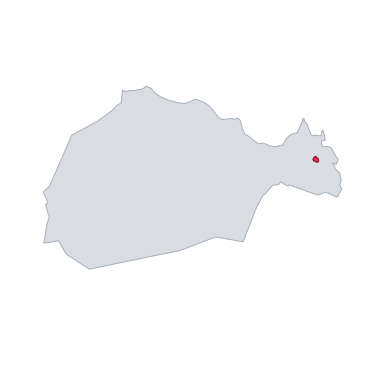 Niamey highlighted on a map of Niger, rotated 202°
{"feature_id": "NER-94", "entity_name": "Niamey", "entity_type": "Capital District", "adm_level": 1, "iso_a3": "NER", "parent_name": "Niger", "parent_adm1": "", "projection": "albers", "projection_center": [2.146, 13.496], "detail": "fine", "context": "in_parent", "style": "filled", "palette": "rose", "viewbox_px": 384, "rotation_deg": 202, "n_neighbors": 0, "source": "natural_earth", "source_scale": "10m", "svg_char_len": 3533}
<svg xmlns="http://www.w3.org/2000/svg" viewBox="0 0 384 384"><g transform="rotate(202 192 192)"><path d="M294.5,260.3L291.3,260.5L289.5,261.2L287.3,263.1L284.7,263.9L281.6,265.6L279.7,267.0L277.8,268.0L275.3,270.6L274.6,272.5L272.0,272.9L268.4,272.8L266.0,271.0L260.6,269.3L257.2,268.6L255.6,268.4L247.4,268.4L238.8,269.5L234.4,270.5L233.6,270.8L231.2,272.0L229.1,273.4L223.7,279.5L216.2,279.6L211.9,279.0L208.1,278.2L202.8,275.5L196.2,271.4L193.7,270.9L191.4,270.6L190.7,270.7L183.0,275.1L181.5,275.1L179.7,275.6L178.6,276.6L177.7,277.2L176.8,277.3L175.5,277.1L174.3,276.5L173.1,275.3L169.8,270.6L169.2,269.8L167.8,268.4L165.5,266.3L163.9,265.3L162.9,265.1L161.8,265.3L155.6,263.5L149.4,261.6L148.0,261.9L147.1,262.3L144.9,263.8L142.4,264.1L139.2,264.0L137.5,263.8L134.6,264.4L132.7,264.9L130.3,266.0L127.1,268.7L126.2,269.1L125.4,269.5L124.4,276.9L123.5,279.2L121.9,282.1L118.7,284.9L116.5,286.7L116.5,289.0L116.4,292.7L116.3,295.3L116.5,297.0L116.1,297.8L116.0,298.5L116.1,299.6L116.6,300.1L117.0,300.8L116.8,301.4L115.7,302.0L114.6,300.3L113.1,299.2L111.4,298.6L110.3,297.8L109.8,296.6L107.6,294.3L102.7,289.7L102.2,289.6L101.4,289.4L100.0,290.0L99.2,290.7L98.6,291.0L97.7,291.1L95.4,291.7L93.5,292.4L93.5,293.0L94.4,296.5L93.9,298.4L93.1,297.5L90.4,294.0L88.6,291.4L88.2,290.8L88.0,289.9L88.2,289.5L88.9,289.2L90.6,288.9L90.9,288.6L91.0,287.9L90.7,286.6L89.8,284.8L88.8,283.6L88.3,283.4L87.3,283.3L86.2,283.5L84.1,284.9L83.2,285.2L81.0,285.1L79.1,284.8L78.0,284.0L74.5,281.1L70.7,278.0L69.1,277.6L68.8,277.3L68.5,274.9L68.6,272.1L68.8,271.3L70.4,271.8L72.1,272.0L72.6,271.5L71.3,270.5L69.4,269.4L68.6,267.9L68.1,267.3L67.2,266.8L66.2,266.5L65.2,266.0L64.5,265.6L63.4,265.4L62.2,265.0L60.5,262.5L58.9,260.1L57.9,258.1L57.6,257.0L58.1,255.0L57.6,254.2L55.8,252.2L54.2,250.4L54.6,247.5L55.0,245.1L55.0,243.6L55.2,242.8L55.4,241.8L56.5,241.5L59.1,241.5L64.2,242.0L68.2,241.5L68.5,241.4L71.3,238.9L74.5,236.2L79.3,236.0L84.5,235.7L88.5,235.6L94.4,235.4L99.2,235.2L104.8,235.0L104.9,233.7L105.3,233.4L105.8,233.4L109.9,234.0L113.7,234.6L114.0,232.3L117.3,229.4L119.2,228.7L119.7,228.2L120.3,227.2L120.6,225.7L120.8,224.6L121.5,223.7L122.0,222.1L122.7,219.2L124.5,216.1L125.6,212.0L125.7,208.0L125.9,205.0L126.4,204.4L126.4,199.0L126.3,193.6L126.2,189.0L126.2,183.4L126.1,178.4L126.1,173.0L126.0,168.2L126.0,165.0L129.8,164.2L133.7,163.3L139.5,162.1L145.7,160.8L152.5,159.3L154.0,158.5L159.1,153.8L161.3,151.6L165.9,147.4L169.3,144.2L173.8,140.0L178.4,135.8L182.2,132.5L188.0,128.6L196.9,122.9L205.7,117.1L214.5,111.2L223.2,105.4L232.0,99.6L240.7,93.7L249.4,87.9L258.1,82.0L267.1,83.7L275.7,85.4L284.3,87.0L286.3,88.0L291.1,91.7L297.1,96.5L297.4,96.6L297.7,96.6L303.1,93.3L310.2,89.1L312.6,99.4L314.5,108.4L314.9,114.1L315.1,115.6L315.7,116.6L317.1,117.6L323.0,125.6L321.9,127.1L322.9,129.6L324.3,130.7L329.1,135.4L329.8,136.3L329.6,137.1L326.7,143.2L326.3,144.6L326.0,152.1L325.9,157.4L325.7,164.7L325.4,173.4L325.2,180.8L325.0,190.5L324.7,199.8L320.4,205.0L312.6,214.4L306.3,222.1L303.1,227.1L297.0,237.0L294.4,243.3L292.2,246.6L291.1,248.0L292.4,252.5L294.5,260.3Z" fill="#d9dde1" stroke="#a8b0b8" stroke-width="1"/><path d="M88.2,266.5L89.1,266.7L90.1,266.7L90.9,266.6L91.0,266.7L91.0,267.3L91.2,267.5L91.6,267.4L91.9,267.5L91.9,268.0L91.9,268.6L91.7,269.3L91.5,270.1L91.2,270.8L90.9,271.1L90.5,271.3L90.4,271.1L90.3,270.7L90.2,270.5L89.6,270.5L89.0,270.5L88.4,270.4L87.8,270.1L87.2,269.6L86.8,269.0L86.5,268.3L86.5,267.7L86.5,267.3L86.9,266.8L87.5,266.5L88.2,266.5Z" fill="#f43f5e" stroke="#9f1239" stroke-width="1.5"/></g></svg>